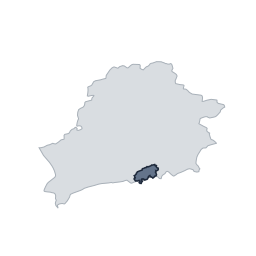 location of Lyelchytsy, Gomel, Belarus, rotated 343°
{"feature_id": "67162791B62905803070856", "entity_name": "Lyelchytsy", "entity_type": "district", "adm_level": 2, "iso_a3": "BLR", "parent_name": "Belarus", "parent_adm1": "Gomel", "projection": "equal_earth", "projection_center": [28.18, 51.753], "detail": "fine", "context": "in_parent", "style": "filled", "palette": "slate", "viewbox_px": 256, "rotation_deg": 343, "n_neighbors": 0, "source": "geoboundaries", "source_scale": "gbopen_adm2", "svg_char_len": 6751}
<svg xmlns="http://www.w3.org/2000/svg" viewBox="0 0 256 256"><g transform="rotate(343 128 128)"><path d="M208.0,168.5L204.0,168.3L199.3,168.3L196.7,169.8L193.8,169.1L191.7,169.9L187.1,173.9L185.3,176.0L183.6,179.3L182.6,181.7L183.2,183.5L184.1,185.1L184.3,186.8L184.8,188.1L183.6,189.1L183.0,190.5L181.0,190.3L178.5,188.9L178.0,186.9L176.1,185.6L174.8,184.9L172.8,184.8L169.6,185.4L165.3,185.9L162.1,186.0L160.4,186.7L157.8,187.4L156.8,186.6L155.4,184.4L154.2,182.2L153.4,181.2L152.7,180.9L151.8,181.0L150.8,181.7L150.1,182.4L147.4,183.2L146.2,184.0L144.9,186.1L144.1,185.9L143.2,185.4L142.1,183.2L140.7,182.6L138.5,182.6L135.7,182.1L133.5,181.4L132.6,181.6L131.3,182.6L129.8,182.7L126.7,181.9L126.0,182.2L124.2,184.8L123.3,184.9L122.8,184.6L123.1,182.4L121.3,181.6L118.2,181.5L116.0,181.8L114.9,181.7L114.4,181.3L111.7,177.6L110.3,177.4L107.7,177.6L104.0,177.1L99.7,176.3L97.3,176.0L96.1,175.2L93.5,174.9L86.4,173.4L83.4,173.1L79.2,173.1L72.6,172.8L68.5,172.9L66.5,173.5L64.3,173.8L56.5,174.2L53.7,174.6L52.9,175.4L51.9,177.0L48.7,179.9L45.5,181.9L44.9,182.0L43.1,181.0L41.6,180.7L39.9,180.6L38.6,180.9L37.8,181.4L37.8,183.6L37.6,183.8L36.4,181.2L36.5,178.7L37.3,177.4L38.3,176.1L38.0,174.3L39.0,171.8L39.1,170.1L38.7,169.3L38.0,168.4L36.0,167.4L35.1,166.7L32.4,165.6L29.8,164.4L29.3,163.6L29.5,163.1L30.0,162.3L32.1,159.9L34.4,157.6L35.9,156.7L43.5,153.8L44.7,152.7L45.1,151.0L45.1,147.5L44.7,144.3L44.2,142.1L42.9,138.0L39.2,129.6L37.2,120.9L38.7,121.4L42.2,121.6L45.1,121.0L46.6,120.9L47.9,121.1L51.6,120.6L52.6,121.4L54.2,122.1L57.5,121.1L60.5,119.8L63.5,120.0L63.9,119.4L64.7,116.3L65.7,115.6L69.3,115.9L70.6,115.4L72.0,113.9L74.2,112.9L76.0,112.9L77.8,111.9L78.7,112.6L79.2,113.8L78.5,114.9L78.8,115.3L80.0,115.8L82.2,115.7L83.7,115.3L84.0,114.7L84.0,113.7L83.7,112.7L82.8,111.9L81.0,111.4L79.8,111.4L79.6,110.9L80.1,109.7L81.2,107.6L82.5,105.7L83.3,105.0L83.5,104.3L83.4,103.2L83.4,101.1L84.6,98.2L86.2,96.0L88.4,95.3L91.0,95.0L92.7,93.9L93.5,92.7L94.3,90.9L95.1,90.5L101.4,90.7L102.3,88.9L102.9,88.4L104.1,87.8L104.9,87.2L104.6,86.7L103.0,86.3L99.3,86.0L98.5,85.4L98.8,84.7L99.8,82.8L100.8,80.3L101.3,78.4L101.4,77.3L101.9,77.0L105.0,76.7L106.0,76.3L108.7,73.7L110.7,73.3L115.8,73.9L118.2,73.9L121.2,74.1L121.5,73.8L122.6,71.3L127.7,67.2L130.4,65.8L132.1,65.5L132.7,65.6L135.5,67.7L136.1,67.8L137.9,66.9L141.1,66.8L142.6,67.6L144.7,70.2L145.7,70.5L148.8,69.0L150.5,68.5L151.6,68.6L157.4,70.6L157.9,71.3L157.9,72.0L157.0,74.4L158.2,75.9L159.6,76.9L162.6,75.2L163.7,74.8L164.9,74.8L166.5,74.2L167.7,73.2L168.8,72.9L170.9,73.1L174.7,72.9L179.2,74.4L179.6,74.8L181.9,76.5L182.7,77.4L183.5,77.6L184.7,78.5L186.3,79.0L187.4,78.8L187.9,79.1L188.4,79.8L188.5,80.9L188.4,84.1L186.8,85.7L186.6,86.3L186.7,87.0L188.0,88.4L189.7,90.6L190.1,91.8L190.1,92.7L187.9,95.5L187.2,96.1L186.7,97.5L186.5,98.9L186.6,99.5L190.4,101.7L193.3,102.9L193.9,103.4L194.0,103.8L192.5,106.2L192.4,106.8L194.7,107.8L195.9,109.4L197.1,111.9L199.3,114.3L207.3,117.9L208.0,118.5L208.3,119.3L208.1,121.0L206.7,124.2L208.1,124.6L211.6,124.5L215.9,124.9L221.1,127.2L221.1,128.2L220.6,129.1L221.0,130.1L221.6,130.9L226.1,133.5L226.6,134.2L226.7,135.4L226.6,136.3L225.4,136.5L224.0,137.0L221.8,138.0L220.9,139.6L217.4,141.7L215.2,142.7L213.4,142.7L209.1,142.3L207.6,141.2L207.0,140.3L205.3,139.8L203.1,139.8L200.2,140.0L199.6,140.3L199.1,141.4L197.9,143.5L197.0,144.6L200.9,148.6L202.8,150.3L203.5,151.3L203.4,152.0L202.6,152.9L202.7,154.6L204.6,156.8L204.0,157.2L203.9,160.0L204.0,162.9L204.5,163.6L205.5,164.2L206.4,165.3L207.9,167.8L208.0,168.5Z" fill="#d9dde1" stroke="#a8b0b8" stroke-width="1"/><path d="M140.5,182.0L140.8,181.9L141.0,181.8L141.1,181.7L141.3,181.5L141.4,181.4L141.4,181.2L141.5,181.1L141.6,180.9L141.7,180.6L141.6,180.3L141.6,180.1L141.5,179.8L141.5,179.7L141.6,179.3L141.7,179.2L141.6,178.8L141.5,178.7L141.4,178.6L141.3,178.4L141.4,178.2L141.5,178.0L141.6,177.9L141.8,177.8L141.9,177.7L142.1,177.7L142.3,177.5L142.3,177.4L142.2,177.3L142.2,177.1L142.3,177.2L142.6,177.2L142.8,177.2L143.2,177.1L143.5,177.1L143.8,177.2L144.1,177.1L144.3,177.0L144.3,176.8L144.5,176.7L144.8,176.5L144.9,176.4L144.9,176.1L144.9,175.8L145.0,175.7L145.2,175.3L145.1,175.1L144.7,174.9L144.3,174.7L144.2,174.5L144.1,174.4L144.1,174.2L143.9,174.0L143.8,173.9L143.8,173.7L143.8,173.3L143.8,172.9L143.8,172.6L143.8,172.3L144.1,172.2L143.9,171.9L143.6,171.8L143.4,171.9L143.3,172.0L143.0,172.1L142.9,171.9L143.0,171.8L143.0,171.6L142.9,170.7L142.6,170.7L142.3,170.7L142.0,170.7L141.5,170.7L141.1,170.7L140.7,170.6L140.4,170.6L140.2,170.6L140.1,170.4L139.9,170.3L139.6,170.4L139.5,170.6L139.1,170.7L138.7,170.8L138.2,170.9L137.9,170.9L137.5,170.9L137.3,170.9L137.1,170.9L136.9,171.0L136.7,171.1L136.3,171.1L136.2,171.0L136.1,170.9L135.9,170.8L135.7,170.8L135.3,170.9L135.2,170.8L135.2,170.7L134.9,170.5L134.7,170.7L134.3,170.7L134.2,170.9L134.1,171.0L133.9,171.1L133.7,171.2L133.2,171.0L132.9,171.0L132.6,171.0L132.3,171.0L132.1,171.0L131.9,171.1L131.7,171.2L131.4,171.2L131.1,171.2L130.7,171.2L130.4,171.1L130.0,171.2L129.7,171.3L129.5,171.5L129.4,171.7L129.4,171.9L129.4,172.1L129.3,172.3L129.1,172.4L128.9,172.4L128.6,172.4L128.2,172.4L127.7,172.4L127.0,172.4L126.4,172.5L125.6,172.5L124.9,172.6L124.5,172.6L124.3,172.6L124.1,172.7L123.8,172.9L123.8,173.0L123.7,173.2L123.4,173.4L123.2,173.5L122.7,173.7L122.6,173.9L122.6,174.1L122.5,174.4L122.3,174.5L121.9,174.7L121.4,175.0L121.0,175.2L120.6,175.3L120.0,175.4L120.1,175.7L120.4,175.9L120.3,176.3L120.2,176.6L120.0,177.0L120.2,177.3L120.4,177.6L120.2,177.8L119.9,178.1L119.5,178.1L119.2,178.1L119.0,178.3L118.9,178.7L119.2,179.3L119.3,179.9L119.6,180.3L119.6,180.6L119.7,180.9L119.8,180.9L120.4,180.9L120.5,181.0L120.9,181.2L121.4,181.4L121.9,181.4L122.1,181.4L122.5,181.3L123.1,181.4L123.3,181.5L123.7,181.5L123.8,181.7L123.9,181.9L123.9,182.2L123.9,182.5L123.7,182.7L123.3,182.9L123.0,183.2L122.7,183.4L122.7,183.6L123.0,184.0L123.5,184.3L123.7,184.5L124.2,184.8L124.4,184.9L124.5,184.8L124.7,184.5L124.9,184.3L125.0,184.1L125.2,183.9L125.2,183.6L125.4,183.5L125.7,183.4L126.1,183.3L126.2,183.2L125.9,182.7L125.8,182.3L125.9,182.0L126.0,181.9L126.2,181.7L126.1,181.4L125.8,181.2L126.0,180.9L126.5,180.8L126.8,180.9L127.2,181.0L127.6,181.1L127.8,181.2L127.9,181.4L128.0,181.6L128.1,181.9L128.1,182.0L128.5,182.1L128.8,182.1L128.8,182.3L128.7,182.4L128.6,182.6L129.3,182.7L129.8,182.6L130.4,182.6L131.0,182.7L131.5,182.5L131.8,182.4L132.0,182.1L132.1,181.8L132.4,181.6L132.8,181.4L133.1,181.3L133.1,180.9L133.2,180.5L134.2,180.0L135.1,179.8L135.1,180.1L135.1,180.5L135.1,181.1L135.6,181.2L136.0,181.5L136.1,181.8L136.5,182.2L136.8,182.5L137.1,182.7L137.1,182.9L137.1,183.1L137.5,183.1L138.1,182.8L138.7,182.5L139.0,182.2L139.4,181.9L140.0,181.9L140.4,182.0L140.5,182.0Z" fill="#64748b" stroke="#1e293b" stroke-width="1.5"/></g></svg>